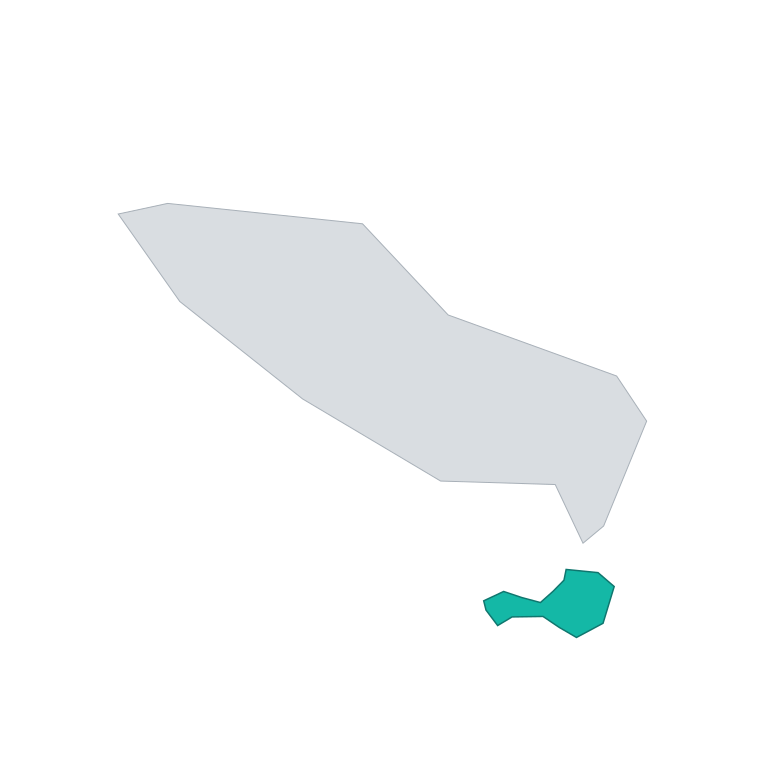 Bahrain, with Al Muḩarraq highlighted, rotated 124°
{"feature_id": "BHR-4930", "entity_name": "Al Muḩarraq", "entity_type": "Governorate", "adm_level": 1, "iso_a3": "BHR", "parent_name": "Bahrain", "parent_adm1": "", "projection": "mercator", "projection_center": [50.643, 26.245], "detail": "fine", "context": "in_parent", "style": "filled", "palette": "teal", "viewbox_px": 768, "rotation_deg": 124, "n_neighbors": 0, "source": "natural_earth", "source_scale": "10m", "svg_char_len": 589}
<svg xmlns="http://www.w3.org/2000/svg" viewBox="0 0 768 768"><g transform="rotate(124 384 384)"><path d="M429.8,599.4L391.7,699.4L355.3,664.4L263.2,491.4L290.9,369.4L247.3,195.6L267.9,145.5L378.9,122.5L404.7,130.0L371.6,185.8L432.8,282.8L441.9,443.1L429.8,599.4Z" fill="#d9dde1" stroke="#a8b0b8" stroke-width="1"/><path d="M423.2,79.9L459.9,68.6L486.5,82.7L487.8,102.5L487.8,122.2L505.5,147.6L520.7,154.7L514.4,173.0L508.0,180.1L489.1,168.8L484.0,150.4L477.7,132.1L461.2,127.9L446.0,125.1L435.9,129.3L420.7,101.1L423.2,79.9Z" fill="#14b8a6" stroke="#0f766e" stroke-width="1.5"/></g></svg>